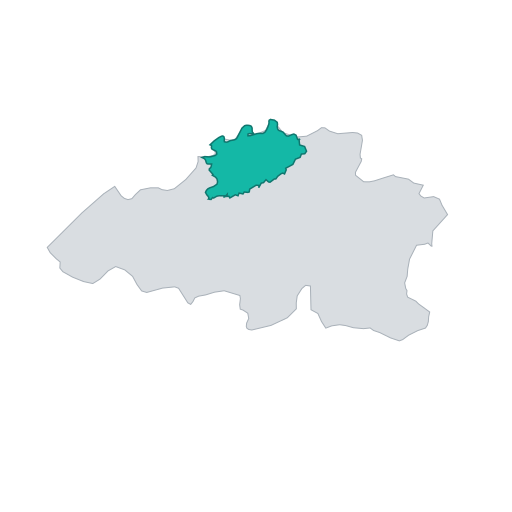 Belgium, with Antwerp highlighted, rotated 341°
{"feature_id": "BEL-3480", "entity_name": "Antwerp", "entity_type": "Province", "adm_level": 1, "iso_a3": "BEL", "parent_name": "Belgium", "parent_adm1": "", "projection": "robinson", "projection_center": [4.639, 51.244], "detail": "fine", "context": "in_parent", "style": "filled", "palette": "teal", "viewbox_px": 512, "rotation_deg": 341, "n_neighbors": 0, "source": "natural_earth", "source_scale": "10m", "svg_char_len": 4015}
<svg xmlns="http://www.w3.org/2000/svg" viewBox="0 0 512 512"><g transform="rotate(341 256 256)"><path d="M233.5,143.1L241.4,146.3L248.4,147.0L251.4,145.6L249.5,137.9L255.2,133.8L261.5,131.9L264.3,135.2L270.1,138.6L274.6,138.6L286.9,129.8L289.8,131.5L292.4,134.7L293.0,137.2L293.4,139.8L296.2,141.0L305.9,140.4L310.8,135.6L314.6,132.6L317.5,134.6L318.9,140.5L321.6,148.2L333.2,156.8L342.9,159.2L355.0,157.5L359.7,156.0L362.9,157.3L366.1,161.8L373.1,167.0L387.6,170.7L392.1,172.8L395.2,176.3L394.3,181.3L387.5,193.7L386.6,197.3L387.6,198.6L386.2,200.9L377.3,209.2L376.4,212.1L379.5,216.9L382.0,220.9L387.4,222.8L392.5,223.5L402.2,223.7L412.4,224.0L413.7,226.3L425.2,233.0L428.9,238.4L437.2,243.5L430.4,250.1L431.4,253.0L433.9,255.9L443.3,257.7L448.0,262.0L448.4,268.5L450.6,279.2L431.4,289.8L426.1,301.7L425.6,304.0L424.9,303.7L422.8,299.7L419.3,299.8L411.3,298.1L400.2,308.9L395.2,317.8L392.3,324.4L387.8,329.8L387.0,335.5L387.5,337.9L386.0,341.0L386.0,344.3L392.4,350.7L394.1,354.2L402.0,365.5L399.5,369.6L397.6,374.1L395.4,377.3L392.8,379.3L384.7,379.2L374.4,380.6L367.5,382.8L363.9,382.9L356.5,377.2L348.1,368.7L342.9,364.7L340.5,361.2L334.0,359.7L324.7,355.5L318.2,351.0L312.7,348.2L304.9,346.7L298.5,346.9L296.6,339.2L295.8,330.5L290.5,324.7L297.7,302.1L293.4,299.9L288.8,301.7L282.0,307.1L278.8,313.4L276.9,319.1L265.5,324.6L247.6,326.5L227.9,324.6L225.2,323.1L223.9,321.4L223.9,319.4L225.3,316.4L228.8,312.7L229.6,307.4L226.1,302.9L223.8,301.1L224.7,296.7L227.4,291.2L227.9,288.1L214.6,278.5L205.0,276.7L195.7,276.4L188.7,275.3L184.5,275.7L181.6,278.5L178.5,280.5L176.3,278.1L172.3,261.3L169.1,258.7L157.1,255.9L140.8,254.9L136.5,251.8L134.2,244.2L132.7,235.1L127.4,226.4L124.7,224.2L119.9,220.3L111.3,221.9L101.1,227.0L95.0,228.4L92.7,228.9L84.6,224.0L75.6,216.2L68.3,208.0L66.6,203.5L68.9,197.9L66.3,193.7L62.5,185.9L61.4,179.9L105.6,158.5L132.5,147.5L145.1,144.2L148.1,155.2L150.3,158.7L153.3,161.0L157.3,161.4L161.9,158.7L168.3,155.8L178.5,157.2L185.9,159.8L188.6,162.6L193.5,165.2L200.7,165.8L214.6,160.8L228.0,153.2L232.0,147.9L233.5,143.1Z" fill="#d9dde1" stroke="#a8b0b8" stroke-width="1"/><path d="M287.7,129.1L289.2,129.2L291.0,129.8L292.7,130.7L293.8,131.8L294.0,133.7L293.4,135.5L292.9,137.4L293.6,139.6L289.2,138.0L288.1,138.1L287.5,139.7L289.7,140.4L296.7,140.6L298.6,141.0L302.5,142.4L304.7,141.9L307.2,140.0L309.5,137.5L311.1,135.4L311.8,133.9L312.1,132.7L312.7,131.9L314.3,131.6L314.6,131.9L317.6,133.5L319.6,136.5L319.2,138.6L318.1,140.6L317.8,143.4L318.4,144.6L321.9,147.6L322.4,148.8L323.5,151.6L324.0,152.4L325.7,153.2L329.6,152.9L331.5,153.0L333.2,154.8L333.3,159.3L335.1,159.7L335.7,159.6L334.5,160.4L333.4,165.2L337.6,168.3L337.9,173.4L335.4,175.2L332.1,174.4L329.8,177.1L324.8,177.3L320.7,181.4L312.6,182.7L312.6,184.4L309.7,187.7L308.3,186.3L306.4,186.4L302.5,187.7L299.8,189.6L298.5,189.1L293.3,190.8L292.0,190.1L290.3,187.1L287.0,189.1L284.7,188.8L280.8,192.3L281.9,190.3L279.2,189.1L271.8,190.7L270.5,193.2L269.0,193.2L265.7,191.7L263.9,193.1L260.5,191.0L258.6,193.2L256.4,191.4L250.2,192.6L249.8,190.7L247.9,190.2L248.8,188.3L245.7,190.0L245.0,189.7L245.7,188.8L240.7,187.0L238.3,186.7L234.8,187.4L234.0,186.6L232.0,187.9L230.9,187.5L229.6,186.7L229.9,186.6L230.4,185.3L230.1,183.8L229.5,182.4L229.2,181.2L229.1,180.1L228.9,179.5L229.3,179.0L230.5,177.8L232.4,176.8L234.4,176.5L238.5,176.5L242.5,175.4L243.8,173.4L244.2,170.7L244.0,169.8L243.4,168.2L241.0,165.4L241.9,164.9L239.7,159.5L240.4,158.2L240.8,158.0L240.6,158.2L241.7,157.8L242.6,157.0L244.0,154.6L240.6,153.4L239.8,152.9L239.4,151.8L239.5,149.0L239.2,147.7L238.5,146.7L237.0,145.3L239.0,145.3L239.9,145.3L243.6,146.9L245.5,147.4L250.2,147.7L252.1,146.9L252.6,144.7L252.0,143.4L249.8,141.3L249.0,140.2L249.1,138.9L249.7,137.9L249.9,137.0L248.7,135.9L254.0,133.5L259.4,131.9L262.4,131.5L263.7,131.7L264.5,132.8L264.3,134.9L263.5,136.5L263.3,137.7L265.2,138.8L266.5,138.9L269.4,138.5L272.7,139.1L274.2,139.1L275.6,138.7L276.6,138.0L284.4,130.5L287.7,129.1Z" fill="#14b8a6" stroke="#0f766e" stroke-width="1.5"/></g></svg>